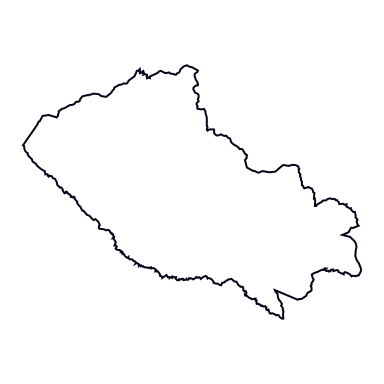 Serranópolis, Goiás, Brazil (orthographic projection)
{"feature_id": "56859067B10105372355636", "entity_name": "Serranópolis", "entity_type": "district", "adm_level": 2, "iso_a3": "BRA", "parent_name": "Brazil", "parent_adm1": "Goiás", "projection": "orthographic", "projection_center": [-52.171, -18.223], "detail": "fine", "context": "isolated", "style": "outline", "palette": "ink", "viewbox_px": 384, "rotation_deg": 0, "n_neighbors": 0, "source": "geoboundaries", "source_scale": "gbopen_adm2", "svg_char_len": 5961}
<svg xmlns="http://www.w3.org/2000/svg" viewBox="0 0 384 384"><path d="M283.3,318.6L283.0,313.9L283.5,311.4L282.7,309.7L282.9,308.6L282.4,307.3L281.1,305.7L282.0,303.9L279.9,300.7L279.0,300.1L277.9,297.1L277.6,294.0L275.6,291.8L274.9,290.1L297.7,299.7L298.8,299.1L301.6,298.9L306.5,295.6L306.6,294.6L307.9,292.5L310.3,291.5L311.5,290.3L311.5,287.4L310.7,286.0L311.6,284.9L311.4,283.5L313.7,279.8L312.6,277.8L311.8,274.5L314.0,273.1L317.8,271.8L322.0,269.7L323.7,270.0L324.4,268.4L326.2,268.5L325.1,269.6L326.3,271.1L327.9,270.6L328.7,271.5L330.3,271.3L330.7,269.9L333.2,269.5L333.4,271.1L336.8,270.1L338.2,270.4L338.4,271.9L343.7,274.4L343.8,273.0L345.1,272.1L348.9,273.7L350.4,274.8L351.5,276.4L352.5,275.8L356.5,276.1L357.5,275.4L358.7,275.4L360.8,271.5L361.0,268.7L359.0,263.5L356.9,260.5L355.3,256.1L355.7,250.6L356.5,246.8L355.7,243.1L354.2,240.8L350.0,236.9L342.4,234.9L348.5,232.3L351.0,227.8L353.2,227.9L358.6,225.7L357.7,224.7L356.9,222.6L356.7,221.1L357.3,220.4L357.4,219.3L355.5,217.5L355.8,216.0L354.9,212.0L353.3,212.0L351.1,209.7L350.9,208.3L350.1,208.6L346.3,206.4L346.7,204.4L344.3,204.7L343.5,203.8L339.3,204.1L338.9,202.3L337.5,201.0L337.1,200.2L335.6,200.1L334.9,199.1L333.6,198.9L332.6,199.1L330.1,198.4L327.9,198.9L326.0,200.3L322.6,200.7L321.7,201.9L317.4,204.3L315.9,206.1L314.9,206.0L315.2,200.4L314.6,199.4L314.8,198.6L313.9,198.6L314.4,192.9L313.3,192.3L312.5,189.6L311.6,188.5L309.5,187.8L308.6,187.0L304.3,188.3L303.6,187.5L303.2,185.9L302.0,185.3L301.8,181.2L301.0,180.1L300.9,178.1L299.9,175.8L300.5,174.5L298.8,172.2L298.7,169.9L299.3,169.1L298.7,168.5L298.6,167.0L297.6,166.0L295.4,165.0L292.2,164.9L288.7,165.9L283.8,165.1L282.6,165.3L275.4,171.6L269.5,172.3L263.3,171.2L261.4,171.4L258.8,172.7L257.1,172.3L254.5,170.9L252.8,170.8L246.9,167.5L245.0,160.2L246.8,157.7L246.5,156.6L246.9,155.0L245.2,153.9L242.5,149.5L241.6,149.0L239.3,148.9L238.8,147.9L236.3,145.8L234.5,145.1L231.2,142.3L230.1,138.7L227.5,137.3L226.6,136.0L225.5,135.6L224.7,136.0L223.5,135.7L220.8,134.3L219.1,135.3L216.3,135.4L214.0,133.0L214.2,130.3L213.9,129.4L209.5,129.4L207.5,130.6L206.8,129.6L207.5,127.0L206.8,126.1L206.8,117.5L205.6,113.4L205.3,111.1L204.1,109.0L201.2,109.4L197.5,108.7L197.1,107.2L197.7,106.3L196.4,104.0L196.7,103.1L198.6,101.3L197.9,99.2L198.7,96.8L198.5,94.9L198.0,93.9L195.2,92.7L193.3,89.3L193.5,87.7L194.2,86.9L196.1,85.5L197.9,85.3L198.1,84.2L197.5,83.4L197.6,82.5L195.7,79.4L194.4,75.3L195.1,73.5L197.5,71.9L197.9,70.6L192.2,67.3L190.0,66.9L186.9,65.3L183.7,66.4L182.7,67.3L180.5,69.3L179.6,71.8L178.6,72.8L176.8,73.5L176.2,74.6L175.2,74.8L174.3,74.2L170.3,73.5L169.3,72.5L165.2,73.1L160.7,70.8L158.7,71.6L158.2,72.5L155.6,73.9L149.8,76.5L149.9,78.1L148.2,77.5L147.2,78.3L146.7,76.7L147.1,74.9L145.2,74.2L143.4,74.6L144.0,73.3L143.3,71.0L142.3,71.6L142.1,72.9L141.0,72.4L139.9,73.1L139.6,71.3L140.0,70.1L139.8,69.0L138.2,70.8L136.9,70.8L134.6,76.2L128.8,80.5L127.3,83.0L126.5,83.6L123.3,83.5L121.4,84.6L118.6,85.0L117.5,86.0L114.8,87.2L114.2,88.0L114.0,89.2L112.5,90.6L111.3,92.7L106.2,96.9L101.2,96.0L98.7,94.2L93.3,93.6L91.2,94.5L89.0,94.8L88.3,95.3L87.3,95.1L82.3,96.4L80.1,99.3L79.8,100.8L78.8,101.6L76.0,101.9L74.3,104.0L72.3,104.9L70.1,105.0L64.2,108.3L61.6,108.9L60.9,109.9L58.7,111.2L58.7,113.2L58.0,114.6L58.0,115.8L56.7,117.4L48.7,115.0L42.6,115.9L39.8,121.2L38.7,121.6L37.0,125.1L23.0,145.3L24.1,146.1L24.3,148.6L25.1,150.8L26.6,152.5L27.7,153.1L27.6,154.1L28.6,156.0L32.0,159.4L32.4,161.2L33.1,161.9L35.4,163.5L37.9,166.5L40.5,168.6L43.8,170.8L44.7,171.0L45.4,174.4L46.6,174.0L47.7,174.5L47.8,175.7L48.7,176.6L49.3,175.7L51.8,176.2L53.0,178.3L55.0,178.8L56.8,182.2L57.4,185.1L60.2,187.7L61.1,187.4L62.0,188.4L62.7,189.3L62.6,190.4L64.5,193.3L65.6,192.9L66.1,191.6L67.2,192.1L67.8,193.5L69.2,194.1L71.2,196.0L70.8,196.8L72.9,197.5L73.7,196.7L74.7,197.5L74.8,199.1L77.2,201.6L77.0,202.8L79.1,205.7L80.3,206.7L82.2,210.6L83.5,210.7L86.9,214.8L89.5,215.8L92.7,219.4L93.7,220.0L95.4,219.1L98.4,221.8L99.8,225.3L99.0,225.9L98.8,228.2L99.6,228.8L104.0,229.3L106.1,230.3L108.6,229.9L110.3,231.8L110.5,232.9L111.7,233.1L112.0,234.2L113.0,234.3L113.3,235.9L114.1,236.6L112.8,238.3L113.8,238.2L113.9,239.2L115.8,242.1L114.6,245.3L115.4,245.1L116.8,246.6L115.6,248.4L116.4,249.4L117.2,249.8L119.6,250.0L120.4,250.6L120.6,251.9L121.4,251.4L122.2,253.4L122.7,252.5L125.4,256.6L127.4,257.9L128.3,257.1L128.2,258.0L129.9,259.3L131.8,259.3L132.6,259.7L133.2,260.9L135.3,261.5L135.9,262.4L135.3,263.8L136.3,263.2L137.3,263.2L138.5,263.9L138.7,265.4L139.2,264.6L140.3,266.1L141.0,265.4L142.1,266.5L142.8,266.0L144.2,267.3L146.9,267.4L147.9,267.9L149.1,267.6L150.6,268.4L151.2,267.4L151.8,268.3L153.7,268.1L155.4,269.3L155.4,271.1L156.4,270.4L156.7,271.4L157.6,271.3L158.8,272.6L160.1,274.6L159.9,275.7L162.1,276.7L162.2,277.9L166.4,275.0L167.7,277.1L169.0,277.0L169.4,278.2L171.0,277.0L172.1,277.8L172.5,276.5L174.0,277.2L176.1,277.2L175.6,278.5L177.0,280.1L179.1,280.1L179.1,279.2L180.4,279.4L182.4,278.7L183.3,279.1L183.3,280.0L185.9,279.8L186.5,278.8L187.5,279.6L188.3,279.7L189.2,278.1L190.4,278.6L191.5,278.3L193.1,279.4L195.3,278.1L196.4,276.9L197.8,277.8L199.5,277.3L200.9,279.0L203.0,277.0L205.8,276.0L206.7,276.4L207.5,278.5L208.2,278.0L209.1,278.1L211.7,279.4L213.6,281.8L213.6,282.9L216.4,283.7L217.7,283.6L220.2,285.2L221.2,285.2L222.1,282.8L224.3,282.4L226.4,280.5L227.4,280.4L228.2,279.5L231.5,278.9L234.3,281.4L236.5,281.7L238.6,285.4L240.0,286.0L240.5,286.8L242.7,286.8L243.3,288.1L243.4,290.5L244.7,291.6L245.6,291.1L246.4,292.7L246.1,294.4L244.9,294.3L245.1,295.5L247.3,296.0L248.6,297.5L250.7,298.3L251.7,299.2L255.3,298.6L255.0,299.4L256.1,299.8L255.8,300.6L256.7,301.0L256.4,302.1L256.7,303.8L257.8,303.6L258.5,304.3L259.8,304.3L261.2,306.0L262.1,305.5L263.6,306.6L265.2,306.2L266.4,307.3L266.0,308.6L266.5,309.8L267.4,310.1L268.4,309.6L269.7,313.2L271.0,313.7L272.1,313.2L274.9,314.3L275.9,315.3L277.2,314.9L278.8,315.4L279.8,317.1L282.1,318.7L283.3,318.6Z" fill="none" stroke="#020617" stroke-width="2"/></svg>